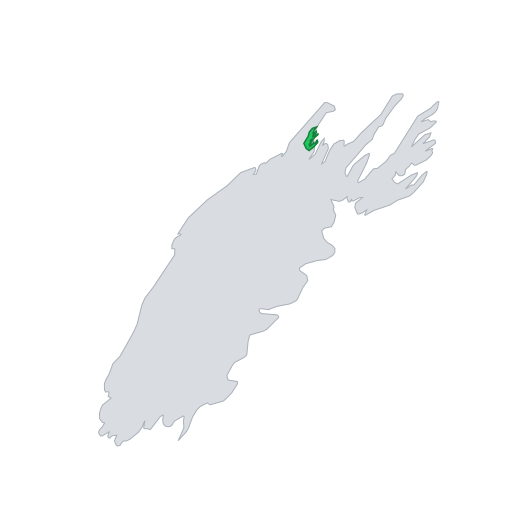 Iceland, with Reykjavík highlighted, rotated 133°
{"feature_id": "ISL-5131", "entity_name": "Reykjavík", "entity_type": "Region", "adm_level": 1, "iso_a3": "ISL", "parent_name": "Iceland", "parent_adm1": "", "projection": "equal_earth", "projection_center": [-21.878, 64.139], "detail": "fine", "context": "in_parent", "style": "filled", "palette": "green", "viewbox_px": 512, "rotation_deg": 133, "n_neighbors": 0, "source": "natural_earth", "source_scale": "10m", "svg_char_len": 4730}
<svg xmlns="http://www.w3.org/2000/svg" viewBox="0 0 512 512"><g transform="rotate(133 256 256)"><path d="M403.9,194.1L408.8,194.3L416.8,192.7L428.1,188.0L433.0,187.0L444.2,187.0L430.9,191.5L426.1,196.5L422.5,199.0L422.6,200.1L432.4,203.1L437.0,202.1L439.0,202.5L440.9,203.9L442.4,206.8L441.8,209.7L439.2,212.7L435.6,215.2L436.2,216.0L439.2,216.4L455.0,214.9L457.0,218.6L458.5,219.8L458.2,221.1L452.2,225.0L459.4,222.5L465.2,221.8L475.3,223.1L479.5,224.5L482.1,227.1L487.1,226.3L489.5,227.7L489.7,229.2L487.7,233.5L482.0,235.6L485.8,238.7L488.8,238.7L489.4,239.4L489.2,241.3L484.7,243.4L492.5,245.8L493.5,246.7L493.3,249.4L492.1,251.0L489.9,251.9L484.4,252.0L481.2,253.1L482.4,254.7L481.7,259.4L477.7,263.2L473.7,265.3L469.9,266.6L458.8,265.1L459.5,268.4L455.7,270.5L456.6,272.2L458.0,273.0L457.5,275.2L452.8,279.8L449.3,281.3L442.3,283.0L432.4,287.2L422.1,287.1L397.1,293.1L387.3,296.3L369.8,306.0L362.3,308.6L349.5,309.8L310.7,316.2L306.5,320.0L306.3,320.9L308.1,322.4L305.3,325.1L299.4,327.1L296.6,327.0L291.7,325.4L291.2,326.2L293.2,328.2L274.1,331.6L247.6,329.8L224.1,325.0L205.5,324.1L192.3,317.5L192.0,316.4L193.4,314.4L198.1,313.6L195.8,311.6L187.9,315.1L185.4,315.0L182.0,313.5L181.9,312.2L175.3,311.6L163.9,307.4L163.0,306.5L165.7,305.1L165.2,304.8L159.0,305.1L150.1,308.9L97.0,310.4L95.2,308.4L93.0,300.9L94.9,297.7L97.1,298.0L103.3,302.3L117.5,299.9L123.3,298.3L128.6,294.2L131.7,292.9L136.0,287.7L140.3,284.6L149.3,283.1L141.3,282.1L127.9,286.3L123.4,286.3L125.5,284.5L130.1,282.5L127.0,282.3L125.8,281.4L125.6,279.5L128.0,276.4L143.7,270.9L140.0,269.9L129.1,274.0L121.1,275.5L114.7,273.6L111.6,271.0L111.8,269.9L115.6,266.6L115.0,266.0L112.4,265.7L105.4,262.7L94.3,263.0L67.0,261.2L46.2,265.4L41.3,263.5L37.3,259.3L38.2,257.7L41.8,256.8L51.9,256.9L66.8,255.0L73.6,252.6L76.2,253.2L77.4,254.4L86.6,252.6L91.5,250.5L99.7,251.5L130.5,250.3L134.5,247.6L136.1,244.3L135.4,243.6L124.1,246.6L121.5,246.6L108.4,245.0L103.7,243.2L105.2,241.7L112.2,238.6L129.9,233.4L132.3,232.4L132.6,231.1L125.6,228.9L112.3,229.6L108.9,226.9L97.9,225.4L90.6,226.4L86.7,224.8L43.3,233.1L29.3,229.2L19.3,228.6L18.5,227.4L24.4,223.8L28.4,223.1L32.4,223.5L40.0,226.0L45.3,226.8L38.8,223.1L38.5,219.5L36.5,218.6L34.5,216.3L35.3,215.5L43.3,216.0L55.9,220.1L62.1,219.3L70.2,216.7L52.1,215.2L46.6,212.0L50.6,210.3L60.0,210.5L49.6,205.0L49.2,204.0L51.0,201.6L64.0,203.7L57.2,200.5L57.0,199.8L59.0,199.2L60.1,197.1L63.3,196.4L69.9,197.0L80.1,200.8L81.5,201.9L81.9,205.7L85.9,205.1L90.7,205.7L94.7,203.0L97.4,203.7L99.6,206.0L99.2,211.1L102.0,209.3L106.8,209.2L107.6,205.0L106.7,201.6L91.1,197.7L85.1,194.9L85.8,193.9L88.8,193.1L105.0,192.4L98.1,190.7L96.4,189.0L84.1,189.7L77.9,189.0L77.7,188.1L80.2,186.8L87.7,184.2L101.9,184.0L107.6,184.7L118.6,190.5L127.3,192.8L142.0,200.7L151.5,203.7L151.9,204.4L150.4,205.3L146.7,206.4L152.3,207.8L155.7,209.8L156.0,210.7L152.9,217.1L149.4,219.2L140.6,218.0L142.7,220.0L149.0,222.2L150.4,223.4L149.5,224.6L152.4,224.2L153.4,224.9L152.0,228.5L150.5,229.9L155.7,230.6L159.3,232.4L163.7,239.8L166.0,234.1L167.2,232.1L169.3,231.3L171.8,225.5L177.7,222.1L183.1,220.8L188.8,224.8L192.8,225.2L197.0,218.2L197.5,213.0L196.1,207.3L196.8,203.3L199.5,200.9L203.2,200.2L211.0,202.6L217.7,208.2L227.6,214.3L234.5,215.9L235.7,215.6L236.8,213.7L235.7,205.6L238.7,201.3L246.8,200.3L258.9,196.4L261.7,196.2L267.8,198.5L278.9,206.6L286.7,210.3L291.0,216.3L292.8,217.5L294.4,215.6L294.5,212.9L284.7,200.5L284.6,198.8L285.4,197.5L302.3,198.1L306.1,199.5L318.0,206.6L323.6,203.7L334.6,195.3L338.5,195.6L348.4,199.0L352.2,198.7L363.4,195.7L365.7,191.8L360.4,183.9L362.4,182.3L372.7,180.4L384.1,180.8L396.2,188.1L396.8,191.5L403.9,194.1Z" fill="#d9dde1" stroke="#a8b0b8" stroke-width="1"/><path d="M120.3,299.7L124.0,299.3L125.2,298.9L126.2,298.1L126.6,298.3L126.9,298.4L127.1,298.3L127.4,298.1L127.4,297.8L126.6,297.4L125.6,297.0L124.5,296.8L123.8,297.0L124.2,296.2L125.3,295.9L126.5,295.8L127.4,296.0L127.0,296.1L126.2,296.4L127.0,296.6L127.9,296.7L128.8,296.6L129.5,296.4L129.5,296.0L128.6,296.0L129.2,295.8L129.5,295.7L126.8,294.4L125.3,294.0L123.8,294.0L125.1,293.5L131.7,294.1L132.0,294.3L132.3,294.5L132.5,294.7L133.9,295.1L134.6,295.0L135.3,294.7L134.7,294.7L134.3,294.7L133.8,294.6L133.4,294.3L133.9,294.0L134.3,293.8L134.7,293.7L133.7,293.3L134.9,293.1L136.4,293.4L137.0,293.3L137.9,293.3L138.9,292.3L137.3,292.8L136.5,292.8L136.2,292.5L136.5,291.9L137.2,291.6L138.5,291.3L137.7,291.0L136.3,290.9L135.0,291.0L134.0,291.3L134.3,290.4L133.8,290.0L132.9,289.9L131.7,290.0L131.3,290.0L130.9,290.2L130.6,290.4L128.9,290.2L130.2,289.7L130.6,289.3L130.4,288.6L131.2,288.3L137.4,288.2L142.7,289.1L143.1,292.6L141.0,297.8L132.9,299.5L128.8,301.6L124.2,301.8L120.3,299.7Z" fill="#22c55e" stroke="#15803d" stroke-width="1.5"/></g></svg>